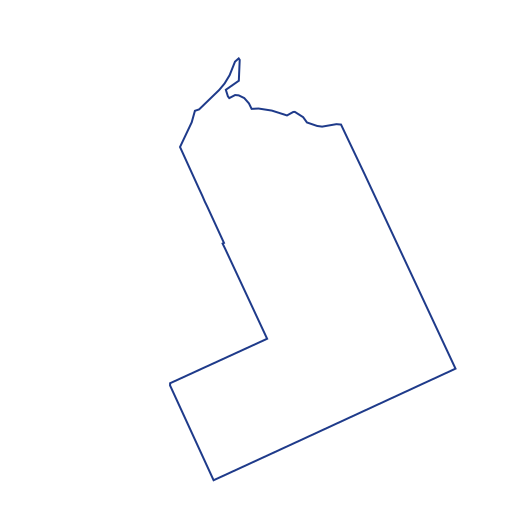 Manatee, Florida, United States of America (Mercator projection), rotated 65°
{"feature_id": "52423323B9469904891992", "entity_name": "Manatee", "entity_type": "district", "adm_level": 2, "iso_a3": "USA", "parent_name": "United States of America", "parent_adm1": "Florida", "projection": "mercator", "projection_center": [-82.543, 27.427], "detail": "fine", "context": "isolated", "style": "outline", "palette": "blue", "viewbox_px": 512, "rotation_deg": 65, "n_neighbors": 0, "source": "geoboundaries", "source_scale": "gbopen_adm2", "svg_char_len": 766}
<svg xmlns="http://www.w3.org/2000/svg" viewBox="0 0 512 512"><g transform="rotate(65 256 256)"><path d="M441.7,310.1L442.4,122.8L227.0,123.0L188.7,123.3L172.8,123.4L170.5,127.4L166.7,141.4L164.0,145.6L156.5,153.4L150.1,154.6L141.8,159.9L141.3,161.1L141.2,161.4L141.7,168.5L130.9,180.2L123.4,191.4L120.8,197.8L114.7,197.9L107.9,199.9L103.1,203.8L101.3,206.9L101.6,213.5L99.4,214.0L92.6,213.1L89.9,197.5L71.4,187.9L69.6,188.2L71.0,192.9L81.0,203.5L86.4,211.6L90.0,219.3L99.1,245.6L98.6,250.0L107.7,257.8L125.1,278.8L170.1,279.2L178.1,279.2L178.5,279.2L185.1,279.4L190.2,279.3L229.6,279.5L230.6,279.5L230.6,281.0L231.3,281.0L232.0,281.0L236.5,280.9L335.7,280.9L335.0,387.6L337.0,388.6L441.3,389.2L441.7,310.1Z" fill="none" stroke="#1e3a8a" stroke-width="2"/></g></svg>